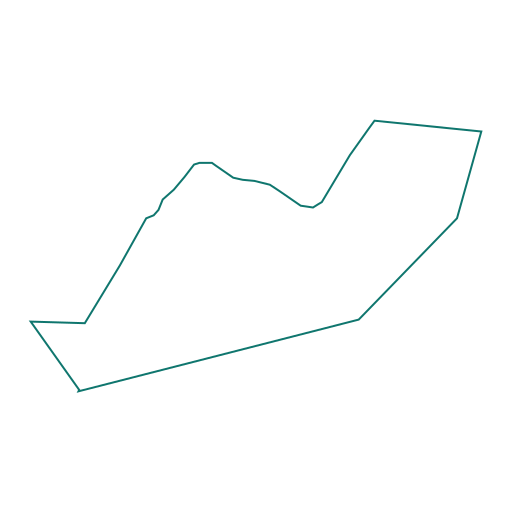 La Haut, Praslin, Saint Lucia (Albers equal-area conic projection)
{"feature_id": "8701671B44259561788806", "entity_name": "La Haut", "entity_type": "district", "adm_level": 2, "iso_a3": "LCA", "parent_name": "Saint Lucia", "parent_adm1": "Praslin", "projection": "albers", "projection_center": [-60.907, 13.859], "detail": "fine", "context": "isolated", "style": "outline", "palette": "teal", "viewbox_px": 512, "rotation_deg": 0, "n_neighbors": 0, "source": "geoboundaries", "source_scale": "gbopen_adm2", "svg_char_len": 578}
<svg xmlns="http://www.w3.org/2000/svg" viewBox="0 0 512 512"><path d="M78.5,391.3L358.7,319.6L457.0,218.3L481.3,131.5L451.5,128.5L374.5,120.7L369.4,127.7L349.9,155.1L335.9,178.5L321.8,202.1L318.1,204.3L313.0,207.5L307.0,206.6L300.7,205.7L279.8,191.3L277.7,189.9L269.8,184.7L254.4,180.9L242.7,179.8L233.2,177.7L222.1,170.0L215.9,165.7L212.0,162.9L199.3,162.9L197.2,163.6L195.4,164.1L194.0,164.6L184.4,177.1L173.8,189.7L162.7,199.5L158.5,209.9L153.7,215.3L146.2,218.3L119.9,265.4L84.8,323.2L30.7,321.6L79.2,389.9L78.5,391.3Z" fill="none" stroke="#0f766e" stroke-width="2"/></svg>